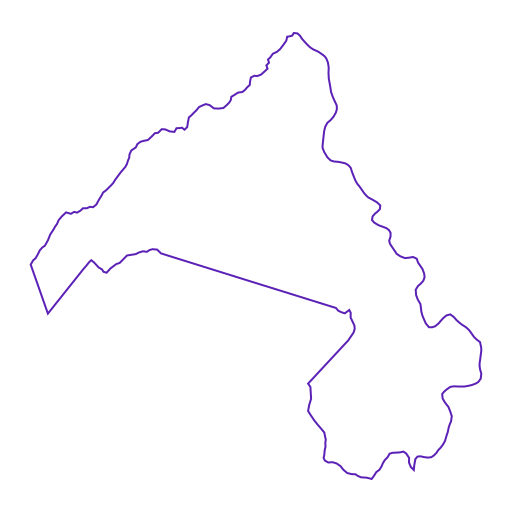 Várzea Grande, Mato Grosso, Brazil (Robinson projection)
{"feature_id": "56859067B85246185509081", "entity_name": "Várzea Grande", "entity_type": "district", "adm_level": 2, "iso_a3": "BRA", "parent_name": "Brazil", "parent_adm1": "Mato Grosso", "projection": "robinson", "projection_center": [-56.271, -15.559], "detail": "fine", "context": "isolated", "style": "outline", "palette": "violet", "viewbox_px": 512, "rotation_deg": 0, "n_neighbors": 0, "source": "geoboundaries", "source_scale": "gbopen_adm2", "svg_char_len": 4150}
<svg xmlns="http://www.w3.org/2000/svg" viewBox="0 0 512 512"><path d="M226.6,105.2L223.4,108.0L218.5,108.6L214.0,108.4L209.6,105.1L205.8,104.1L203.2,105.1L199.1,107.0L196.2,110.5L193.5,113.1L191.3,115.4L188.9,117.4L187.9,122.5L187.2,127.1L184.5,129.7L182.0,127.7L179.4,128.1L176.5,128.2L174.4,131.9L169.8,131.4L165.2,129.4L161.7,129.2L158.1,132.8L154.9,133.2L151.4,136.8L147.9,140.0L143.9,140.8L140.4,141.8L137.3,144.2L135.8,147.4L131.3,150.5L129.5,154.4L129.2,157.8L127.9,160.8L126.9,164.1L125.2,167.1L120.8,172.2L117.6,176.5L115.0,180.0L113.3,182.9L111.0,185.4L106.2,190.2L103.1,192.5L101.6,195.5L98.9,199.8L96.4,204.5L93.1,207.2L90.0,206.8L87.0,208.2L82.9,208.3L80.5,210.6L77.1,212.6L74.1,211.9L70.9,213.8L66.1,212.4L61.7,216.5L58.6,220.2L57.1,223.8L55.0,226.8L53.2,230.0L50.1,234.7L48.1,239.9L46.3,243.2L44.8,245.8L42.3,247.5L39.8,250.3L38.1,253.8L35.7,258.1L33.2,260.3L30.7,264.6L47.9,313.6L82.9,269.7L86.8,265.1L89.1,262.2L91.3,260.2L94.1,262.5L98.7,267.5L102.0,269.4L103.5,271.8L106.6,272.7L110.5,268.4L116.4,264.0L119.6,263.0L122.0,260.6L127.0,255.5L131.3,254.8L135.8,254.1L138.9,252.5L142.9,251.3L146.9,251.8L149.6,250.0L152.5,249.2L157.2,249.6L161.0,253.4L240.7,278.3L336.0,308.0L338.1,310.6L341.3,312.2L344.8,313.3L349.3,310.0L350.7,312.8L350.6,317.5L352.5,321.5L354.4,325.5L354.7,328.8L353.6,332.5L348.1,340.6L344.5,344.4L325.0,365.4L322.5,368.1L308.1,383.6L310.4,387.0L311.1,398.8L309.2,405.0L308.1,411.0L310.2,414.4L314.3,420.5L318.2,425.3L321.5,429.1L324.3,432.5L325.1,436.6L325.8,439.6L325.3,442.9L325.5,446.7L324.7,450.2L324.3,454.8L323.6,458.0L324.9,460.6L328.3,462.5L332.6,462.2L336.7,463.5L340.6,466.2L343.3,469.7L347.2,473.0L351.5,474.1L355.5,474.3L357.8,475.9L361.0,477.3L366.9,477.7L371.6,479.0L373.8,476.1L376.3,472.1L379.4,469.8L381.5,466.5L382.8,463.4L384.7,460.2L387.6,457.2L389.6,453.7L392.4,452.8L396.6,452.6L399.9,452.4L403.4,451.6L406.2,453.5L409.1,457.9L409.0,462.5L410.8,467.0L413.8,470.0L414.3,465.0L415.4,459.0L417.5,456.6L420.4,456.3L424.1,457.1L427.7,457.6L431.3,457.2L434.1,455.3L436.5,452.8L438.1,450.3L440.6,447.7L443.1,444.4L445.0,440.9L446.2,436.8L447.8,431.9L448.7,427.5L449.7,424.5L451.0,421.5L451.8,416.2L450.1,411.1L448.4,406.9L446.5,404.5L444.7,402.1L442.6,398.4L442.2,394.0L443.9,391.9L446.3,389.7L450.3,386.9L453.9,386.3L457.9,386.5L461.6,386.5L464.4,386.5L467.5,386.0L471.6,385.1L475.6,383.6L478.2,382.1L480.7,378.7L481.3,373.7L480.1,369.4L479.6,366.4L479.6,363.3L480.3,358.5L480.8,354.4L481.3,350.8L481.2,347.5L480.0,342.1L477.0,339.8L474.1,337.1L471.5,333.4L469.1,330.1L466.2,327.4L462.5,325.0L459.9,323.1L456.6,320.2L453.8,317.0L450.3,314.4L446.5,315.4L443.0,318.3L438.4,323.6L435.1,326.3L432.0,327.3L428.9,327.2L425.8,323.4L424.0,319.4L422.4,315.6L421.3,311.4L421.0,308.4L420.4,304.0L417.8,299.6L416.1,295.1L415.7,289.7L418.0,286.0L420.9,283.5L423.3,280.8L424.6,277.1L424.1,273.4L422.5,269.1L419.8,265.1L418.1,262.7L416.7,258.7L413.1,257.0L408.8,257.7L405.0,258.1L400.5,256.4L396.7,253.9L394.6,250.7L391.6,246.3L389.9,243.6L389.2,240.7L390.5,236.7L390.6,233.0L389.0,230.1L386.3,228.1L383.1,226.9L378.5,225.2L374.2,222.6L372.0,220.1L372.6,216.4L375.1,213.5L377.3,211.8L379.9,209.1L380.3,205.4L376.8,202.2L372.2,199.5L368.4,197.5L366.2,195.5L364.1,193.1L361.6,189.5L359.6,186.6L357.2,183.7L355.3,180.3L353.8,176.6L352.1,172.2L350.7,167.8L348.5,165.3L345.5,163.4L342.2,162.6L338.0,161.8L334.0,161.5L330.6,160.4L327.4,157.3L324.2,152.0L322.6,148.0L322.6,145.0L323.2,139.9L323.6,135.9L324.2,130.9L325.3,126.6L327.4,122.8L330.7,120.0L333.4,116.9L335.8,112.7L336.9,109.1L336.7,105.4L334.8,101.4L333.0,97.4L331.1,92.2L330.4,87.5L329.7,83.5L328.8,78.7L328.5,73.0L328.7,67.3L327.9,62.4L326.1,58.1L324.2,55.9L321.6,54.0L318.6,51.9L315.9,50.6L313.4,49.5L310.2,47.4L307.6,45.0L305.0,42.2L302.0,38.8L299.9,35.6L297.4,33.4L293.8,33.0L292.3,35.6L289.8,36.3L287.2,36.7L286.3,40.7L283.1,45.2L280.2,49.0L277.0,51.8L272.8,53.8L270.3,57.4L268.0,59.5L269.0,62.7L266.4,65.3L267.5,68.7L264.5,71.5L261.2,74.5L257.5,76.0L254.2,75.8L250.9,77.5L250.0,81.8L249.8,84.9L247.1,87.4L245.0,89.9L242.3,92.0L238.0,92.6L234.5,94.9L231.3,96.8L230.9,99.8L229.3,102.5L226.6,105.2Z" fill="none" stroke="#5b21b6" stroke-width="2"/></svg>